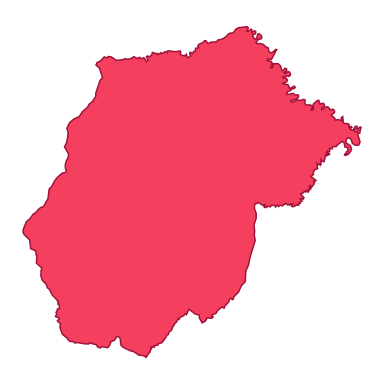 outline of Mae Sai, Chiang Rai, Thailand
{"feature_id": "78962969B11376495373152", "entity_name": "Mae Sai", "entity_type": "district", "adm_level": 2, "iso_a3": "THA", "parent_name": "Thailand", "parent_adm1": "Chiang Rai", "projection": "mercator", "projection_center": [99.929, 20.361], "detail": "fine", "context": "isolated", "style": "filled", "palette": "rose", "viewbox_px": 384, "rotation_deg": 0, "n_neighbors": 0, "source": "geoboundaries", "source_scale": "gbopen_adm2", "svg_char_len": 5888}
<svg xmlns="http://www.w3.org/2000/svg" viewBox="0 0 384 384"><path d="M359.7,133.3L361.0,127.1L359.9,127.0L358.4,128.5L357.1,131.4L355.1,131.8L354.7,130.3L357.3,128.0L356.9,126.2L355.3,126.3L353.1,130.3L350.2,129.3L350.2,128.4L351.9,127.4L351.5,126.5L348.9,127.4L349.2,124.9L348.5,123.9L343.5,123.3L342.7,116.6L341.2,117.8L341.5,120.8L338.2,119.5L335.4,120.2L334.6,118.0L331.3,115.3L334.5,112.5L334.6,111.1L333.7,109.7L332.4,109.2L330.3,110.0L328.5,107.3L327.3,106.8L325.3,107.1L323.2,109.4L321.7,109.7L321.5,108.5L324.4,105.7L324.4,104.4L323.2,103.3L320.1,104.1L318.8,100.3L317.2,100.7L313.5,103.8L313.0,105.5L313.7,108.7L312.1,110.3L310.9,109.8L312.3,108.1L312.1,105.7L309.8,104.9L306.0,105.0L304.8,103.1L305.1,100.1L303.9,99.3L300.4,100.4L297.7,100.0L292.4,102.2L290.9,101.9L290.8,100.7L296.6,98.8L298.0,97.8L298.6,96.1L298.0,94.8L295.3,95.1L293.2,93.3L287.7,94.5L286.6,94.0L287.6,91.7L290.3,90.7L292.3,88.7L294.3,88.6L295.2,87.4L294.7,86.3L293.8,86.3L289.9,88.6L288.0,84.7L283.6,84.0L282.9,83.2L286.5,82.0L287.4,80.2L286.2,78.1L283.2,77.9L282.7,77.0L287.3,75.8L288.7,76.4L290.0,75.6L290.6,74.6L289.7,72.1L288.2,71.7L285.0,73.4L284.0,72.8L286.6,70.7L286.6,68.8L285.1,68.3L282.8,70.7L281.9,70.6L280.5,65.9L278.2,63.7L273.3,63.7L272.4,67.7L270.7,68.0L270.4,67.1L272.0,64.3L271.9,62.4L271.1,61.5L267.2,60.4L267.9,58.8L271.0,59.5L271.8,58.8L276.7,49.6L275.8,49.4L272.2,52.6L270.1,52.5L268.9,51.3L268.2,47.9L265.2,46.4L263.4,44.4L260.5,43.6L256.7,43.6L255.9,42.5L257.5,41.0L257.9,39.6L261.3,38.8L261.8,37.0L261.3,35.6L259.3,33.9L257.7,34.2L256.6,38.7L254.2,39.0L252.5,34.9L255.6,33.7L255.7,31.4L254.4,30.8L251.8,32.5L251.9,29.9L251.1,29.1L248.5,31.1L247.0,31.3L248.4,27.9L247.0,26.7L238.4,27.7L235.9,29.2L233.2,32.8L229.3,33.4L224.6,37.8L220.8,39.5L218.3,39.8L216.4,41.8L210.8,42.2L207.9,43.6L205.9,40.7L204.6,40.7L202.9,42.6L199.0,44.2L197.8,45.9L198.7,47.8L195.5,48.3L195.4,51.4L193.7,51.4L192.3,53.8L190.8,52.4L189.9,52.6L189.7,53.8L190.5,55.9L188.4,57.5L187.2,57.3L186.4,54.3L184.2,56.0L180.4,54.5L180.0,53.8L180.8,52.3L180.3,51.0L175.0,51.7L168.2,50.7L167.6,50.9L167.1,52.7L165.2,51.6L162.0,53.5L160.9,52.7L159.8,54.1L158.2,53.4L157.5,54.8L155.9,53.3L154.6,53.6L153.6,52.5L152.3,52.5L152.0,54.3L150.2,56.6L147.4,56.0L146.4,56.8L148.1,60.1L146.5,61.7L144.5,58.2L143.4,57.8L141.4,58.8L139.4,57.3L137.6,58.5L133.8,56.7L130.9,58.6L127.3,59.3L125.2,58.7L122.8,59.7L116.4,60.4L111.1,56.8L108.7,56.5L106.5,57.8L104.3,56.9L100.4,61.0L97.0,62.6L96.0,65.1L99.3,67.9L102.6,77.6L99.9,80.6L95.8,93.2L95.8,96.4L91.9,102.1L89.3,104.0L87.5,107.3L82.5,111.6L79.2,116.6L74.1,118.9L69.6,122.7L66.8,128.5L68.2,132.1L67.5,138.3L66.5,142.9L64.5,146.8L68.6,154.1L68.1,157.3L65.9,161.9L65.3,164.9L65.3,167.9L66.4,171.3L65.7,172.2L61.9,173.3L56.9,177.8L54.3,181.4L52.1,185.9L49.2,189.0L48.0,198.6L44.1,205.5L43.2,206.8L40.9,207.4L38.6,209.2L35.9,212.4L33.0,214.4L29.8,218.9L26.4,221.6L23.2,229.6L23.0,232.1L24.0,234.4L29.6,239.9L30.7,248.7L34.5,250.3L36.1,251.9L35.9,253.8L36.8,256.3L36.4,263.2L41.2,267.4L41.7,269.4L41.1,270.2L40.9,276.0L42.2,280.2L46.3,284.4L47.4,287.8L49.2,289.1L52.4,295.2L57.8,300.8L57.5,301.7L58.7,302.6L57.8,304.0L59.1,304.8L59.5,308.5L57.3,309.1L57.1,310.9L56.0,312.4L56.8,314.2L55.4,316.5L59.2,318.0L59.1,319.0L57.3,320.9L60.4,323.8L59.9,327.3L62.3,334.0L66.0,337.4L67.5,337.6L67.4,338.9L70.2,341.6L72.9,341.4L75.2,343.1L77.1,342.5L84.6,343.8L88.5,344.0L89.1,342.9L96.5,344.7L97.5,346.9L100.1,348.0L102.2,346.6L107.2,347.7L108.2,347.3L110.3,344.1L110.8,341.7L114.5,340.3L116.5,337.0L118.3,336.5L120.1,338.3L120.9,345.1L123.3,347.4L130.3,350.8L134.0,351.7L138.7,355.1L143.4,355.6L146.1,357.3L149.5,352.1L150.2,352.0L150.4,349.7L151.6,348.8L151.0,347.2L153.5,347.0L153.7,346.1L154.6,346.9L155.1,345.4L158.1,345.0L158.3,343.6L161.9,342.8L162.3,341.4L163.1,341.3L163.6,340.0L164.4,339.8L164.4,338.7L165.9,337.5L167.0,334.9L168.2,334.6L169.3,331.7L171.4,330.4L173.1,326.1L174.1,325.3L174.0,324.4L176.6,321.9L177.8,319.1L178.4,318.7L179.0,319.4L180.5,316.9L183.0,316.1L185.6,313.6L186.5,314.5L188.9,309.2L195.3,314.1L199.3,315.0L199.3,317.9L202.2,322.9L205.3,321.2L207.2,317.9L211.5,318.2L212.7,317.6L213.1,316.7L211.5,315.9L211.9,314.9L215.9,313.5L217.4,310.9L221.8,307.0L224.1,308.1L224.7,306.4L228.6,302.0L229.9,298.6L231.1,298.3L232.4,299.6L233.4,299.2L233.5,297.1L238.4,292.3L241.3,285.9L245.3,281.6L245.8,271.0L248.4,265.3L250.3,256.4L255.2,240.6L254.2,234.5L254.7,231.6L254.0,224.7L256.2,218.2L256.2,213.4L254.4,208.5L254.5,205.5L255.4,203.6L257.2,203.5L258.5,202.5L262.7,205.3L265.0,204.6L265.2,205.2L264.0,206.0L264.2,207.2L264.9,207.5L266.5,207.5L267.6,206.2L270.4,206.8L271.6,205.1L274.7,205.6L275.6,207.0L277.1,205.0L278.8,206.5L280.0,205.2L282.8,205.9L283.4,204.2L284.6,204.5L285.8,203.3L287.7,205.0L288.8,204.4L289.4,205.1L290.8,203.8L291.3,204.9L292.5,204.2L291.8,206.4L293.1,206.7L296.0,205.5L296.2,204.6L298.5,205.3L298.4,204.4L299.9,203.5L299.1,203.0L300.3,202.8L300.5,201.9L302.1,201.1L300.1,198.8L302.3,198.6L303.0,199.3L304.0,197.6L300.7,194.4L300.8,193.6L302.7,193.3L304.4,191.3L305.7,192.0L305.8,190.7L308.2,192.1L309.0,190.8L308.1,189.8L310.4,189.2L309.5,188.1L309.3,186.0L310.5,185.4L311.0,188.0L314.2,183.8L314.0,182.0L315.1,181.5L314.4,180.6L315.7,180.2L310.8,176.3L313.5,174.6L313.1,173.1L314.7,169.6L317.6,168.7L316.8,163.4L318.3,164.6L319.6,163.9L320.2,165.3L321.0,164.1L321.1,159.6L322.1,161.1L324.1,161.7L325.4,156.3L329.5,154.4L329.5,153.7L327.9,153.0L327.7,154.7L325.7,155.1L327.1,151.1L329.2,151.7L329.8,150.9L329.4,148.4L332.2,148.8L332.8,146.7L336.4,146.5L337.4,144.9L342.2,141.4L344.2,143.0L344.9,147.0L347.3,147.6L348.0,148.5L347.7,151.2L346.3,151.8L346.3,153.7L344.7,154.1L344.5,155.0L345.4,155.4L348.2,154.4L350.9,151.1L351.4,148.3L350.2,145.6L346.0,142.7L346.2,139.4L348.3,137.9L349.5,137.9L351.0,139.3L352.5,143.4L355.3,145.2L358.6,145.2L360.1,142.0L357.6,134.0L358.2,133.0L359.7,133.3Z" fill="#f43f5e" stroke="#9f1239" stroke-width="1.5"/></svg>